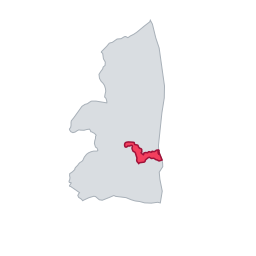 Margibi highlighted on a map of Liberia, rotated 234°
{"feature_id": "LBR-789", "entity_name": "Margibi", "entity_type": "County", "adm_level": 1, "iso_a3": "LBR", "parent_name": "Liberia", "parent_adm1": "", "projection": "orthographic", "projection_center": [-10.158, 6.461], "detail": "fine", "context": "in_parent", "style": "filled", "palette": "rose", "viewbox_px": 256, "rotation_deg": 234, "n_neighbors": 0, "source": "natural_earth", "source_scale": "10m", "svg_char_len": 4107}
<svg xmlns="http://www.w3.org/2000/svg" viewBox="0 0 256 256"><g transform="rotate(234 128 128)"><path d="M48.4,110.1L50.5,108.3L53.5,102.7L57.7,97.4L61.7,94.2L64.8,90.9L68.1,88.4L72.8,85.5L80.0,77.8L81.7,76.9L82.9,71.6L84.7,64.7L86.8,62.6L91.7,61.4L92.9,60.2L94.6,55.4L95.7,49.8L95.8,48.6L97.7,48.5L101.0,47.3L103.0,47.8L103.8,49.4L104.2,50.8L114.2,47.3L115.1,46.6L115.7,46.7L116.9,49.8L117.6,49.6L118.2,48.7L118.9,48.6L119.7,49.1L120.5,50.5L121.8,51.8L123.9,52.8L125.3,54.0L125.2,57.4L125.7,60.6L126.6,61.4L127.1,63.3L127.4,65.5L127.9,66.6L128.3,68.8L128.1,71.1L128.5,72.7L130.1,75.5L131.1,79.0L131.1,81.5L130.5,84.2L129.5,86.6L127.6,89.2L127.5,90.3L128.6,90.9L130.2,91.1L131.7,90.5L135.2,91.7L137.1,93.5L138.7,95.6L140.2,96.7L140.9,98.0L143.4,97.7L146.3,96.3L146.9,95.7L147.8,96.1L149.7,96.2L151.0,93.8L152.0,91.1L154.3,88.2L155.4,87.1L155.7,85.2L155.8,82.8L156.6,80.7L158.5,79.6L160.5,79.6L161.6,80.0L162.2,82.0L163.8,83.6L165.2,84.6L165.9,85.1L167.1,86.3L168.2,90.3L172.6,103.5L172.4,107.1L171.5,109.5L171.5,111.8L171.3,114.1L168.6,117.9L160.8,125.6L161.4,126.2L163.3,127.1L165.2,127.6L166.8,127.3L168.7,129.2L170.8,131.6L173.1,132.9L176.3,134.0L179.1,134.1L181.5,133.7L184.9,134.1L188.5,136.1L189.8,139.4L190.7,142.3L191.9,143.7L192.1,146.2L194.7,148.4L198.4,148.8L203.1,151.3L204.3,151.2L204.8,150.9L205.4,151.4L206.6,158.8L207.6,162.7L207.1,164.3L206.5,165.5L206.4,171.5L204.3,174.9L204.0,178.7L203.4,179.9L201.1,181.0L201.1,183.9L200.5,187.4L200.3,191.1L200.9,200.8L201.1,208.1L202.1,209.4L197.7,208.8L184.5,203.4L174.4,200.2L140.5,182.2L131.0,175.0L120.2,164.2L96.0,142.4L90.6,138.9L83.6,137.2L79.3,135.4L76.3,133.4L73.9,127.3L67.9,123.7L56.8,118.6L48.4,110.1Z" fill="#d9dde1" stroke="#a8b0b8" stroke-width="1"/><path d="M92.5,139.6L92.0,139.0L91.4,138.6L90.2,137.8L89.5,137.5L88.8,137.5L88.8,137.8L90.8,138.8L91.7,139.5L92.0,140.4L91.4,139.7L90.3,139.0L89.1,138.5L82.1,136.8L82.9,134.2L83.0,134.0L83.1,133.8L83.4,133.6L83.6,133.4L83.8,133.3L84.2,133.2L84.6,133.1L85.8,132.1L86.1,131.9L87.9,131.3L88.2,131.1L88.4,131.0L88.6,130.7L89.3,129.5L89.5,129.1L89.7,128.9L89.8,128.9L91.1,128.4L91.3,128.3L91.5,128.2L91.8,128.0L91.9,127.8L92.0,127.4L92.1,126.8L92.0,124.6L91.9,123.7L91.8,123.4L91.7,123.1L91.5,122.8L91.0,122.2L90.9,121.7L90.9,121.2L91.0,120.8L93.0,117.1L93.1,116.7L92.9,115.8L94.2,115.7L95.1,115.6L95.7,115.6L95.9,115.7L96.2,115.8L96.7,116.0L97.0,116.2L97.2,116.4L97.9,117.1L98.2,117.3L98.5,117.6L98.8,117.7L103.6,119.3L103.9,119.3L104.2,119.3L104.8,119.2L105.6,118.7L106.1,118.5L106.6,118.5L108.2,118.9L109.1,119.2L109.2,119.3L109.5,119.5L110.3,120.5L110.6,120.8L110.9,121.0L111.1,121.0L111.3,121.0L111.8,120.8L112.0,120.6L112.2,120.3L112.3,119.9L112.3,119.3L112.4,119.0L112.5,118.7L112.7,118.4L112.8,118.2L113.3,117.7L113.5,117.4L113.5,117.2L113.4,116.3L113.4,116.0L113.4,115.8L113.5,115.6L113.6,115.3L113.8,115.0L114.1,114.8L114.2,114.7L114.4,114.6L114.5,114.6L115.1,114.7L115.4,114.8L115.7,114.9L116.3,115.3L116.8,115.7L117.1,116.0L117.3,116.4L117.4,116.6L117.5,116.8L117.6,117.2L117.6,117.5L117.4,118.3L116.6,120.0L113.7,123.5L112.9,124.3L112.7,124.4L112.4,124.4L112.2,124.3L111.4,123.9L111.2,123.8L110.7,123.8L110.3,124.1L109.9,124.5L108.9,125.4L108.5,125.7L108.3,125.8L107.9,125.8L107.6,125.7L106.6,125.4L106.0,125.4L105.5,125.5L104.9,125.4L104.5,125.7L104.3,125.9L104.1,126.1L103.8,126.3L103.5,126.4L103.0,126.5L102.7,126.5L102.4,126.4L102.1,126.1L101.8,125.9L101.2,125.7L101.0,125.4L100.9,125.3L100.8,125.2L100.5,125.1L100.4,124.9L100.4,124.6L100.4,124.4L100.4,124.2L99.9,124.0L99.2,124.2L97.8,124.5L97.5,124.6L97.3,124.8L97.4,125.0L97.5,125.1L97.8,125.3L97.9,125.7L98.0,125.8L98.3,126.0L98.4,126.3L98.3,126.7L98.1,127.1L98.0,127.4L97.8,127.9L96.6,129.1L96.5,129.3L96.5,129.5L96.7,130.3L96.7,130.6L96.6,130.9L96.3,131.3L95.6,131.9L95.2,132.1L94.8,132.3L94.7,132.4L94.7,132.5L94.7,132.9L94.7,133.0L94.8,133.2L94.9,133.3L95.0,133.5L94.9,134.0L94.7,134.1L94.4,134.1L94.3,134.3L94.1,134.7L93.5,135.4L93.5,135.6L93.4,135.8L93.2,136.9L93.3,137.1L93.4,137.5L93.4,137.9L93.1,138.3L93.0,138.5L92.9,138.7L92.6,139.5L92.5,139.6Z" fill="#f43f5e" stroke="#9f1239" stroke-width="1.5"/></g></svg>